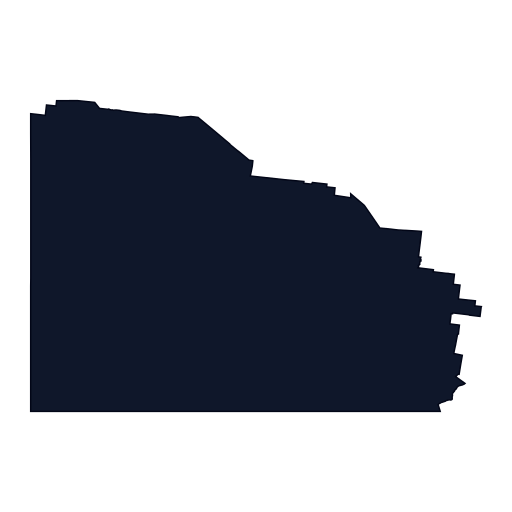 outline of Bulloo, Queensland, Australia
{"feature_id": "25037944B79296808644120", "entity_name": "Bulloo", "entity_type": "district", "adm_level": 2, "iso_a3": "AUS", "parent_name": "Australia", "parent_adm1": "Queensland", "projection": "mercator", "projection_center": [143.553, -27.831], "detail": "fine", "context": "isolated", "style": "filled", "palette": "ink", "viewbox_px": 512, "rotation_deg": 0, "n_neighbors": 0, "source": "geoboundaries", "source_scale": "gbopen_adm2", "svg_char_len": 4503}
<svg xmlns="http://www.w3.org/2000/svg" viewBox="0 0 512 512"><path d="M440.2,411.4L439.9,410.4L438.7,406.5L438.1,404.5L438.3,404.4L438.9,403.8L439.1,403.6L439.9,403.3L440.1,403.1L440.4,403.0L440.8,402.8L441.3,402.4L441.8,402.2L442.4,402.2L443.0,402.0L443.6,401.7L444.0,401.6L444.5,401.5L444.8,401.4L445.3,401.2L445.5,401.0L446.0,400.7L446.5,400.5L446.8,400.4L447.1,400.4L447.4,400.2L447.9,400.1L448.1,400.1L448.6,399.9L449.0,399.8L449.3,399.8L450.0,399.9L450.3,400.0L450.5,399.9L451.1,399.9L451.4,399.8L451.7,399.6L452.0,399.4L452.2,399.1L452.2,397.6L452.1,397.4L452.1,397.1L452.2,396.7L452.3,396.4L452.4,396.0L452.5,395.6L452.5,395.4L452.4,395.0L452.4,394.6L452.5,393.8L452.6,393.3L452.7,393.0L453.0,392.7L453.5,392.4L453.6,392.2L453.7,391.7L453.8,391.5L454.1,391.3L454.4,391.2L454.5,391.0L454.5,390.9L454.6,390.6L454.8,390.3L455.0,390.0L455.2,389.6L455.5,389.4L455.9,389.2L456.1,389.0L456.2,388.7L456.4,388.4L456.6,388.2L456.8,387.7L456.9,387.4L457.2,387.1L457.5,386.9L457.9,386.4L458.2,386.2L459.0,385.8L459.5,385.6L460.2,385.5L460.6,385.3L462.1,385.0L462.6,384.8L463.0,384.6L464.0,384.2L464.4,383.9L465.0,383.4L460.8,380.4L455.6,376.6L458.1,374.2L459.1,374.3L460.9,363.3L462.3,355.3L453.8,353.5L454.1,351.6L454.5,349.7L454.9,347.8L455.3,345.9L455.6,344.8L455.6,344.5L457.5,334.4L458.3,334.1L458.5,333.9L458.4,333.7L459.4,325.1L449.9,323.9L450.1,321.9L450.5,319.3L451.1,313.6L452.6,313.8L452.8,312.9L469.1,314.8L469.3,315.1L480.0,316.4L480.7,310.9L481.2,306.8L481.3,306.6L474.8,305.9L475.4,300.8L468.5,300.1L458.4,299.0L458.9,294.2L460.0,285.1L457.5,284.8L453.3,284.3L453.8,279.6L454.4,274.5L454.4,274.2L451.3,273.9L448.4,273.5L448.3,273.4L448.1,273.4L447.9,273.4L447.7,273.4L445.9,273.3L435.1,272.0L433.1,271.8L433.4,269.7L418.0,267.8L418.3,267.4L418.5,267.2L418.5,266.4L418.6,266.1L418.7,265.9L418.7,265.5L419.0,265.0L419.1,264.9L418.9,264.9L419.1,264.7L419.3,264.8L419.5,264.6L419.6,264.4L419.7,264.2L419.5,263.8L419.6,263.7L419.8,263.2L419.7,263.0L419.7,262.8L419.9,262.6L419.9,262.3L419.7,261.9L419.8,261.6L420.1,261.2L420.4,261.2L420.5,261.0L420.9,261.0L420.9,260.8L420.8,260.4L421.0,260.0L420.4,259.8L420.4,259.6L420.5,259.1L420.5,258.8L420.6,258.6L420.6,258.2L420.8,257.7L420.9,257.4L420.9,257.2L418.5,256.9L419.0,252.2L419.8,245.9L420.9,236.9L421.5,231.4L417.7,231.1L406.0,230.4L403.3,230.3L400.5,230.1L398.3,230.0L394.8,229.6L390.7,229.1L388.7,228.9L387.9,228.8L387.7,228.9L387.4,228.8L387.0,228.7L386.8,228.7L386.6,228.7L386.4,228.6L385.6,228.6L384.9,228.5L383.5,228.4L382.5,228.3L381.6,228.2L379.9,228.1L372.8,217.7L364.3,205.4L350.7,193.8L350.8,197.8L334.3,195.3L335.0,187.8L326.6,186.9L326.9,184.1L312.4,182.5L311.6,184.1L303.7,183.3L303.9,181.5L284.6,179.7L250.3,176.0L251.9,168.1L252.3,166.0L252.5,164.1L252.8,161.3L252.8,160.7L249.0,160.1L247.9,159.2L247.7,159.0L239.2,151.9L239.2,152.1L230.1,144.6L229.8,144.0L224.2,139.3L216.6,132.9L198.6,117.9L198.1,117.4L194.4,116.9L191.5,116.6L191.0,116.5L183.0,117.2L179.0,117.6L178.1,116.8L169.3,115.8L167.2,115.5L154.8,114.1L148.1,114.2L132.1,112.3L127.9,111.8L124.9,111.4L121.7,111.0L119.8,110.4L116.2,110.0L114.3,110.1L113.8,110.4L113.5,110.3L112.8,109.9L112.5,109.9L112.2,110.0L111.1,109.9L109.9,109.6L108.8,109.0L107.8,109.3L99.5,108.4L94.7,102.4L77.4,100.6L60.8,100.7L56.6,100.7L56.0,106.0L46.5,105.0L45.3,115.4L38.0,114.5L30.7,113.7L30.7,133.1L30.7,133.8L30.8,158.7L30.8,170.3L30.8,182.8L30.8,189.5L30.8,213.3L30.8,225.7L30.8,231.5L30.8,231.9L30.8,261.0L30.8,266.8L30.8,278.4L30.7,286.1L30.7,286.9L30.7,289.7L30.7,297.8L30.7,313.7L30.7,326.1L30.7,335.4L30.7,339.1L30.7,344.0L30.7,349.6L30.7,369.9L30.7,411.4L32.7,411.4L36.1,411.4L43.9,411.4L54.3,411.4L55.9,411.4L66.1,411.4L74.8,411.4L84.1,411.4L89.6,411.4L94.0,411.4L100.3,411.4L101.4,411.4L106.0,411.4L113.1,411.4L124.9,411.4L136.7,411.4L138.4,411.4L139.2,411.4L142.9,411.4L144.8,411.4L146.8,411.4L148.4,411.4L150.6,411.4L160.4,411.4L162.3,411.4L164.3,411.4L168.1,411.4L171.0,411.4L176.5,411.4L179.6,411.4L183.7,411.4L195.5,411.4L207.2,411.4L219.0,411.4L219.4,411.4L230.8,411.4L231.6,411.4L242.5,411.4L254.3,411.4L255.6,411.4L266.1,411.4L286.8,411.4L292.6,411.4L300.3,411.4L302.2,411.4L308.0,411.4L313.1,411.4L319.2,411.4L324.9,411.4L336.6,411.4L337.1,411.4L346.9,411.4L354.3,411.4L358.6,411.4L366.1,411.4L377.6,411.4L383.7,411.4L387.2,411.4L389.6,411.4L393.5,411.4L395.4,411.4L397.4,411.4L403.3,411.4L406.7,411.4L407.1,411.4L413.1,411.4L422.7,411.4L426.1,411.4L429.9,411.4L431.7,411.4L432.5,411.4L435.9,411.4L440.2,411.4Z" fill="#0f172a" stroke="#020617" stroke-width="1.5"/></svg>